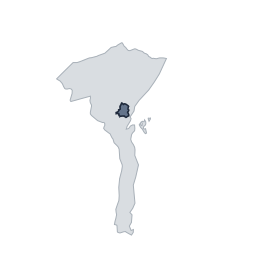 Ghinda, Semenawi Keyih Bahri, Eritrea shown in context, rotated 51°
{"feature_id": "51966322B62460220695026", "entity_name": "Ghinda", "entity_type": "district", "adm_level": 2, "iso_a3": "ERI", "parent_name": "Eritrea", "parent_adm1": "Semenawi Keyih Bahri", "projection": "orthographic", "projection_center": [39.133, 15.477], "detail": "fine", "context": "in_parent", "style": "filled", "palette": "slate", "viewbox_px": 256, "rotation_deg": 51, "n_neighbors": 0, "source": "geoboundaries", "source_scale": "gbopen_adm2", "svg_char_len": 5046}
<svg xmlns="http://www.w3.org/2000/svg" viewBox="0 0 256 256"><g transform="rotate(51 128 128)"><path d="M44.9,152.5L44.1,145.0L43.6,139.9L43.1,134.6L42.6,129.5L45.1,126.4L46.2,123.5L49.2,114.0L50.4,112.1L52.7,107.0L53.0,105.5L55.3,99.0L55.1,94.8L54.8,90.4L56.0,87.9L57.1,85.8L57.0,84.1L57.6,80.0L57.9,79.0L59.2,79.0L62.0,79.5L63.9,79.1L66.2,79.2L68.0,79.0L69.1,77.8L70.6,73.1L71.5,72.2L72.2,71.9L74.3,71.0L76.0,69.7L77.4,68.7L78.0,68.5L79.4,68.4L80.9,67.8L81.6,67.2L83.5,66.6L85.4,66.9L86.6,66.4L87.4,66.0L88.4,66.0L89.3,65.4L89.6,64.6L90.2,64.1L91.6,62.8L92.3,62.0L92.6,61.1L92.9,60.4L93.5,59.2L96.0,56.2L98.2,54.4L105.7,69.6L108.8,78.6L111.5,88.0L113.5,102.0L115.5,109.2L118.6,112.7L120.7,119.4L122.6,119.7L123.9,121.5L126.2,127.8L127.8,130.1L128.7,128.1L128.6,126.9L128.0,125.0L128.5,122.5L129.8,121.0L132.7,123.0L134.3,124.6L134.7,127.6L135.4,129.4L138.5,133.0L141.1,134.0L144.4,134.3L147.2,135.0L149.4,136.3L153.6,140.0L163.3,143.1L171.1,153.0L175.7,159.8L190.8,169.9L193.4,174.9L194.8,179.7L198.0,179.5L203.5,184.7L205.1,188.7L209.6,190.1L210.3,187.7L212.4,189.6L213.4,192.7L210.5,193.9L207.4,195.1L207.0,195.0L206.0,196.5L204.5,200.3L202.9,201.5L202.0,201.6L197.1,198.1L196.4,197.9L195.3,198.6L194.5,199.3L192.2,196.6L190.6,194.3L188.2,191.4L185.9,190.2L183.5,188.6L181.1,184.8L178.6,180.7L175.0,177.4L168.3,172.5L162.1,166.4L157.3,159.9L154.3,156.6L153.0,155.7L146.7,153.7L142.4,150.7L139.0,148.3L136.9,147.6L134.9,147.6L130.7,148.1L127.1,146.6L125.7,146.6L123.3,146.1L121.4,145.6L119.3,146.2L114.8,147.3L112.9,147.1L111.9,145.6L111.4,144.4L109.8,143.2L108.5,143.2L107.8,144.3L103.1,147.0L95.3,148.5L93.4,148.4L92.0,147.3L88.1,142.6L87.0,141.8L86.1,141.7L84.3,141.2L82.6,140.2L81.1,138.3L79.6,137.2L77.9,141.0L75.0,147.6L73.5,151.1L71.5,155.6L70.9,155.8L69.9,155.4L66.0,149.7L63.6,147.6L61.7,147.7L60.4,148.8L59.5,150.7L58.6,151.8L57.6,152.3L55.5,152.0L52.2,151.1L48.8,151.2L45.3,152.5L44.9,152.5ZM136.8,115.0L137.9,116.4L138.6,116.3L139.2,115.8L139.6,114.8L143.6,116.8L143.3,118.1L141.0,118.1L138.2,117.6L135.6,117.8L132.6,117.3L131.9,115.1L133.8,116.1L134.8,115.9L135.0,115.6L133.6,114.1L131.7,113.8L131.8,112.6L132.7,112.2L133.2,111.6L132.1,110.0L134.3,110.3L135.7,111.3L136.6,112.4L136.8,115.0ZM135.1,104.9L136.0,107.4L133.5,106.5L133.1,106.0L134.2,104.9L134.4,104.3L135.1,104.9Z" fill="#d9dde1" stroke="#a8b0b8" stroke-width="1"/><path d="M105.2,118.5L105.3,118.7L105.5,118.7L105.6,118.8L105.6,119.0L105.7,119.3L105.7,119.5L105.8,119.6L105.9,119.9L105.9,120.0L106.0,120.1L106.1,120.4L106.3,120.4L106.4,120.5L106.2,120.7L106.3,120.8L106.5,120.9L106.7,121.0L106.8,121.1L106.9,121.3L107.2,121.4L107.4,121.4L107.5,121.4L107.8,121.6L107.9,121.8L108.0,121.9L108.3,122.0L108.5,122.3L108.4,122.4L108.3,122.6L108.2,122.7L108.2,123.0L108.1,123.5L108.3,123.6L108.2,123.7L108.1,123.8L108.3,123.9L108.5,123.9L108.5,124.0L108.6,124.3L108.6,124.5L108.8,124.7L108.9,124.8L109.0,125.0L109.0,125.3L109.0,125.5L108.9,125.9L108.9,126.0L109.0,126.1L109.1,126.3L109.1,126.5L108.9,126.7L108.8,126.8L108.7,126.9L108.6,127.0L108.6,127.3L108.5,127.5L108.9,127.7L109.0,127.8L109.0,127.7L109.3,127.5L109.5,127.6L109.6,127.8L109.8,127.8L109.9,127.7L109.9,127.3L110.0,127.1L110.0,126.9L109.9,126.7L110.0,126.7L110.4,126.6L110.6,126.5L110.8,126.5L111.0,126.6L111.3,126.6L111.5,126.7L111.8,126.7L112.0,126.8L112.0,126.7L112.1,126.8L112.3,126.8L112.4,127.0L112.5,127.1L112.8,127.2L113.0,127.1L113.1,126.9L113.3,126.9L113.5,126.8L113.7,126.7L113.8,126.6L114.0,126.8L114.0,126.7L114.1,126.4L114.3,126.3L114.4,126.1L114.5,126.0L114.5,125.8L114.6,125.6L114.7,125.4L114.8,125.3L115.1,125.2L115.2,124.8L115.2,124.7L115.3,124.6L115.4,124.4L115.5,124.3L115.7,124.0L115.9,123.8L115.9,124.0L116.1,123.9L116.3,123.7L116.5,123.7L116.9,123.4L117.1,123.3L117.3,123.3L117.6,123.2L117.8,123.1L118.0,123.0L118.3,122.9L118.5,122.9L118.6,122.6L118.7,122.3L118.7,122.2L118.6,121.8L118.6,121.6L118.6,121.4L118.6,121.2L118.8,120.6L118.8,120.4L118.8,120.2L119.0,119.9L118.9,119.8L118.8,119.6L118.7,119.5L118.7,119.4L118.5,119.2L118.3,119.2L118.2,119.1L117.8,118.9L117.7,118.9L117.4,118.8L117.2,118.7L116.9,118.6L116.5,118.6L116.3,118.5L116.2,118.6L115.9,118.7L115.7,118.5L115.5,118.3L115.5,118.2L115.4,118.2L115.3,117.8L115.3,117.5L115.2,117.5L115.2,117.3L115.1,117.1L115.1,116.9L115.0,116.7L114.9,116.4L114.7,116.2L114.4,116.0L114.2,116.1L113.8,116.2L113.7,116.2L113.3,116.2L113.1,116.0L113.1,115.9L112.9,115.7L112.7,115.5L112.6,115.4L112.4,115.2L112.2,114.9L112.0,114.7L111.9,114.6L111.5,114.1L111.5,113.9L111.0,113.9L110.8,113.9L110.6,113.9L110.4,114.0L110.2,114.1L109.8,114.2L109.7,114.2L109.3,114.3L109.2,114.3L108.9,114.3L108.6,114.4L108.4,114.6L108.1,114.8L107.9,114.9L107.7,114.9L107.6,115.0L107.4,115.2L107.2,115.2L107.1,115.3L107.0,115.5L106.9,115.7L106.8,115.8L106.9,116.0L106.7,116.3L106.7,116.5L106.8,116.7L106.8,116.8L106.7,116.8L106.4,116.8L106.0,116.8L105.9,116.9L105.6,116.9L105.3,116.9L105.3,117.1L105.1,117.1L104.8,117.1L104.6,117.1L104.6,117.3L104.6,117.5L104.9,117.8L105.1,118.0L105.1,118.3L105.2,118.5Z" fill="#64748b" stroke="#1e293b" stroke-width="1.5"/></g></svg>